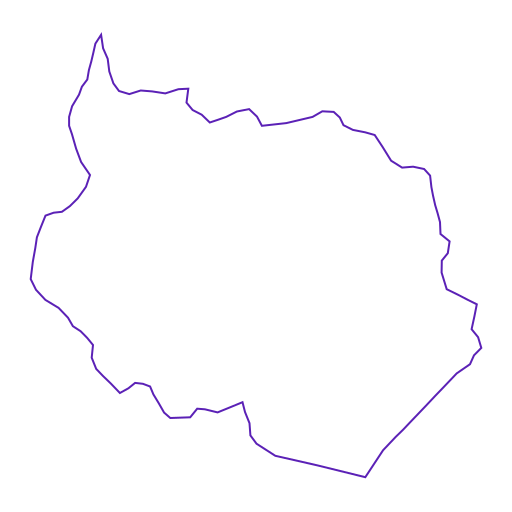 Gravatal, Santa Catarina, Brazil
{"feature_id": "56859067B54481618407288", "entity_name": "Gravatal", "entity_type": "district", "adm_level": 2, "iso_a3": "BRA", "parent_name": "Brazil", "parent_adm1": "Santa Catarina", "projection": "mercator", "projection_center": [-49.028, -28.349], "detail": "fine", "context": "isolated", "style": "outline", "palette": "violet", "viewbox_px": 512, "rotation_deg": 0, "n_neighbors": 0, "source": "geoboundaries", "source_scale": "gbopen_adm2", "svg_char_len": 1572}
<svg xmlns="http://www.w3.org/2000/svg" viewBox="0 0 512 512"><path d="M101.1,34.8L95.4,43.6L93.3,52.9L91.3,61.4L88.9,70.1L87.3,79.5L81.9,86.7L79.0,94.7L72.1,106.2L69.1,116.9L69.1,125.8L72.0,134.3L76.1,148.6L81.1,162.0L90.0,175.0L86.0,186.8L77.7,198.4L69.9,206.1L61.9,211.8L53.7,212.7L45.5,215.6L40.9,227.0L36.9,237.3L35.3,248.0L32.8,261.9L30.7,279.1L36.0,289.8L45.4,299.9L58.6,307.9L68.0,317.7L72.9,326.2L80.6,331.2L87.1,337.8L93.0,345.0L91.7,357.7L96.2,368.9L103.2,376.2L110.9,383.6L119.9,393.0L128.4,388.3L135.1,382.9L142.9,383.8L150.1,386.5L153.4,394.4L158.8,403.3L164.1,412.6L170.3,418.0L190.2,417.3L197.2,408.7L204.9,409.3L217.6,412.4L231.1,406.9L242.5,402.2L245.0,412.0L249.5,423.2L250.4,435.4L256.5,443.7L275.3,455.8L317.5,465.4L365.3,477.2L383.1,450.2L395.6,437.0L403.2,429.6L410.2,422.2L425.7,406.0L434.8,396.3L442.9,387.9L456.7,373.4L470.0,364.2L474.0,355.3L481.3,347.9L478.1,337.2L471.6,329.2L474.4,316.4L476.8,304.3L467.9,299.9L458.5,295.0L446.7,289.2L441.6,272.6L441.8,260.6L447.8,253.2L449.6,241.4L440.5,234.0L440.0,222.1L437.6,213.2L435.2,205.2L433.0,195.5L431.4,187.1L430.1,175.6L424.1,169.0L413.1,166.7L402.1,167.6L391.1,160.7L382.5,146.8L374.7,135.0L365.1,132.3L352.9,129.9L343.5,125.2L339.8,117.5L333.7,111.9L322.3,111.3L312.6,116.9L286.3,123.1L261.9,125.8L257.0,116.6L249.1,109.1L236.9,111.5L226.2,116.9L217.9,119.8L209.8,122.5L201.7,114.7L192.6,110.0L186.5,102.6L188.3,88.7L178.4,89.2L165.3,93.4L152.1,91.4L140.7,90.5L129.3,94.1L119.0,91.0L113.4,83.4L109.3,71.5L107.7,58.8L103.1,48.3L101.1,34.8Z" fill="none" stroke="#5b21b6" stroke-width="2"/></svg>